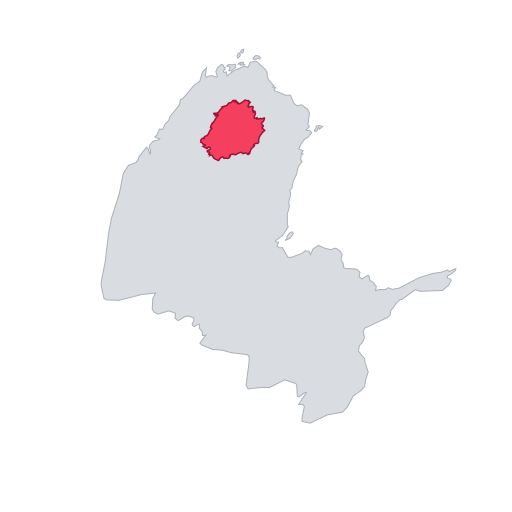 location of Pirkanmaa within Finland, rotated 139°
{"feature_id": "FIN-3186", "entity_name": "Pirkanmaa", "entity_type": "Region", "adm_level": 1, "iso_a3": "FIN", "parent_name": "Finland", "parent_adm1": "", "projection": "robinson", "projection_center": [23.692, 61.717], "detail": "fine", "context": "in_parent", "style": "filled", "palette": "rose", "viewbox_px": 512, "rotation_deg": 139, "n_neighbors": 0, "source": "natural_earth", "source_scale": "10m", "svg_char_len": 7611}
<svg xmlns="http://www.w3.org/2000/svg" viewBox="0 0 512 512"><g transform="rotate(139 256 256)"><path d="M201.9,223.1L199.1,216.9L195.4,211.7L191.4,210.2L190.1,208.2L189.4,203.9L190.1,200.6L194.3,197.4L195.1,193.1L197.5,189.6L196.3,187.4L189.5,181.0L188.6,179.0L188.2,175.5L192.0,172.4L190.9,169.2L183.9,168.0L184.1,166.1L186.1,162.8L185.0,160.1L185.1,154.2L188.5,151.5L184.4,149.4L180.5,145.7L177.1,145.4L175.0,141.4L168.9,137.8L147.4,132.7L134.2,127.0L127.2,122.4L120.7,119.8L120.2,117.4L113.4,115.5L114.8,114.4L120.1,114.3L124.5,115.3L126.0,114.0L124.2,110.5L124.6,109.6L129.6,107.6L137.8,107.6L155.1,121.5L157.9,126.0L174.4,127.5L176.2,128.6L180.7,128.4L190.3,126.2L193.9,123.2L197.5,123.4L221.2,130.2L224.8,128.7L226.9,124.5L228.8,122.6L231.4,121.3L236.9,120.4L241.1,117.0L241.4,107.3L243.4,104.5L247.3,95.0L254.5,90.6L259.8,86.2L265.1,85.6L274.6,86.5L285.9,82.1L293.2,81.4L306.4,89.3L324.7,94.3L329.7,100.9L327.5,103.6L318.1,110.8L317.8,112.7L321.3,116.0L307.7,119.9L308.7,120.9L316.0,121.5L316.9,122.9L309.8,132.1L309.7,133.7L315.5,143.7L332.2,147.9L337.0,152.4L349.2,161.0L348.2,165.1L331.2,180.1L327.4,184.3L327.0,186.9L337.8,198.9L343.5,207.4L349.8,213.6L355.1,223.7L355.5,227.2L345.7,229.1L348.5,231.0L346.3,234.1L346.2,238.7L343.6,241.6L344.2,242.5L348.9,243.1L349.4,245.1L349.1,246.3L344.3,248.6L343.9,251.0L346.7,255.3L348.9,256.7L356.5,258.1L357.5,259.2L357.9,262.3L354.6,265.3L354.7,266.5L358.1,272.0L368.3,276.5L369.5,279.9L369.6,282.1L369.1,284.1L361.8,291.6L356.1,294.0L367.8,302.1L388.5,312.4L397.8,321.2L398.6,323.7L392.6,334.7L390.2,337.7L374.2,350.1L351.7,370.4L340.2,379.4L317.9,393.0L301.7,405.6L292.7,408.1L285.6,405.3L282.1,406.0L278.7,407.8L267.4,409.9L267.0,407.8L269.2,402.4L268.2,402.5L266.3,405.0L265.2,408.0L263.1,409.5L258.4,410.1L253.8,407.7L251.6,407.7L254.0,411.3L253.9,412.4L251.4,412.2L246.3,414.9L245.2,415.0L243.5,412.7L238.1,415.2L232.9,415.6L229.9,417.5L214.7,420.3L210.5,423.5L207.7,422.8L190.7,425.5L183.6,424.8L175.9,429.9L169.9,430.6L176.1,425.3L176.4,423.5L173.1,422.6L170.8,420.8L168.6,417.0L167.3,416.8L165.3,421.6L161.3,423.3L156.2,423.3L155.6,421.1L156.5,419.2L155.7,418.8L156.5,417.3L159.1,417.1L159.8,416.3L159.7,415.4L157.7,414.5L159.7,411.0L150.8,410.3L139.8,406.7L138.5,403.6L133.3,405.8L128.5,403.5L127.8,402.1L126.6,390.5L127.2,387.3L130.0,383.5L131.0,379.6L130.9,372.5L132.5,372.5L130.7,370.2L133.3,369.6L133.7,368.8L127.9,357.5L124.5,354.9L127.2,346.7L127.0,344.9L126.5,342.6L122.3,340.1L120.8,332.8L122.0,328.7L130.5,321.4L130.9,318.5L135.7,318.3L133.5,315.7L132.9,312.5L139.7,311.4L142.2,312.3L148.2,311.1L153.5,308.8L151.5,304.4L154.3,304.2L153.4,303.2L153.6,302.1L155.7,302.5L159.1,299.4L159.3,297.1L165.2,295.8L172.0,291.0L178.2,288.4L184.7,283.6L187.4,283.4L188.9,280.1L196.0,275.2L198.5,271.3L205.2,266.8L211.8,259.0L212.5,256.9L222.5,254.0L231.5,254.8L231.3,252.8L229.9,251.6L233.7,249.6L232.8,246.6L230.6,245.1L232.8,234.0L230.0,231.7L219.6,227.9L215.3,227.6L212.9,224.7L214.0,221.3L208.3,223.9L201.9,223.1ZM147.2,411.9L153.4,411.9L155.0,413.7L152.2,414.9L152.0,416.3L153.5,418.5L150.7,418.5L148.8,416.0L145.8,414.3L147.2,411.9ZM220.0,250.2L216.1,251.4L213.0,250.7L212.9,248.5L218.4,247.0L223.9,248.6L221.1,249.0L220.0,250.2ZM124.8,310.0L124.5,311.9L128.2,310.5L129.7,311.1L129.5,312.8L128.2,312.4L125.2,314.4L122.4,312.7L120.7,310.0L124.8,310.0ZM128.8,405.8L128.4,407.4L124.7,407.5L123.2,405.9L122.4,403.2L123.9,402.0L124.8,403.5L128.8,405.8ZM143.6,412.5L141.6,412.7L138.8,411.0L138.4,410.3L139.5,409.9L139.1,407.9L141.2,409.0L142.4,410.3L141.2,410.6L143.6,412.5ZM139.1,419.4L136.3,420.6L135.3,420.3L135.6,418.3L137.2,417.3L139.9,417.2L139.1,419.4ZM133.4,420.5L131.0,420.9L129.6,419.9L131.8,418.3L133.6,418.4L134.0,419.4L133.4,420.5Z" fill="#d9dde1" stroke="#a8b0b8" stroke-width="1"/><path d="M198.7,341.8L198.8,343.0L199.1,343.7L199.6,344.2L200.2,344.6L201.3,345.0L202.5,345.4L204.7,345.7L205.7,346.6L206.0,347.3L207.1,348.4L207.9,348.7L208.2,349.0L209.3,349.1L210.0,349.0L209.7,348.5L210.2,348.2L211.5,347.8L212.4,347.8L213.3,348.2L213.9,348.9L214.5,349.5L215.1,350.1L215.6,350.3L216.1,350.7L216.1,351.1L216.0,351.7L216.1,352.2L216.1,352.5L216.5,352.8L218.1,353.4L218.9,353.3L221.5,352.6L222.0,353.2L222.2,353.8L223.3,356.2L223.6,357.4L223.4,359.1L223.2,360.5L223.4,361.5L224.0,361.8L224.6,362.0L224.3,362.1L224.2,362.2L224.3,362.5L224.9,363.4L225.0,363.9L224.7,364.1L224.2,364.0L224.0,363.8L223.6,363.8L223.2,364.0L223.0,364.7L223.2,365.1L223.6,365.6L224.2,366.1L224.3,366.5L224.1,366.7L224.0,366.8L224.0,367.2L223.4,367.3L221.6,366.8L220.5,366.6L219.7,367.2L219.5,368.0L219.8,368.6L220.3,369.2L220.5,369.6L221.2,369.4L221.8,369.1L222.6,369.2L222.8,369.8L222.4,370.2L222.5,370.4L223.0,370.6L223.5,371.4L223.6,372.4L224.1,373.5L221.7,372.9L221.4,373.2L221.6,373.6L222.0,374.2L222.4,374.7L222.6,375.2L222.6,376.0L222.5,376.8L222.6,377.6L223.0,378.2L222.6,378.4L222.4,378.7L222.3,379.0L222.0,379.5L220.0,380.1L219.3,380.0L218.9,379.7L218.3,378.8L218.1,378.6L217.8,379.0L217.5,379.5L216.8,379.8L215.9,379.7L214.0,379.1L213.1,379.1L212.2,379.3L208.5,380.9L207.5,381.1L205.8,381.1L205.5,381.3L205.4,381.9L205.6,382.3L206.0,382.5L205.9,383.0L204.4,383.9L203.3,384.3L201.9,384.6L202.0,385.0L200.6,384.9L199.1,385.2L196.4,386.2L192.8,386.8L192.2,387.0L191.9,387.4L192.8,387.6L192.9,387.8L192.8,388.3L192.7,388.4L192.9,388.5L194.3,388.2L194.6,388.2L194.9,388.5L194.7,388.8L194.2,389.1L193.5,389.4L193.6,389.6L193.8,389.7L194.2,390.1L194.5,390.6L194.6,390.8L194.2,391.3L193.8,391.1L192.2,389.6L190.7,389.3L190.3,389.2L189.1,389.3L187.0,389.9L184.0,389.9L183.5,390.0L183.8,390.7L183.0,390.5L180.4,389.2L178.6,388.7L176.5,389.4L175.7,389.1L175.2,388.7L174.4,388.3L173.3,388.2L172.0,388.4L171.3,388.4L171.0,388.3L170.3,387.8L170.2,387.4L170.5,387.1L170.9,387.0L171.1,386.9L171.2,386.7L170.9,386.5L169.5,386.7L169.2,386.7L169.1,386.3L169.2,386.1L169.7,385.8L170.3,385.4L170.2,385.2L169.8,385.1L169.3,384.7L169.0,384.1L168.9,383.7L169.0,383.2L169.8,383.2L169.6,382.6L169.1,382.1L167.6,381.4L164.3,380.9L162.5,381.0L162.0,380.9L161.7,380.6L161.6,380.3L161.5,380.0L161.3,379.7L159.8,378.3L159.6,378.1L159.6,377.8L160.1,377.5L160.1,377.3L160.0,377.1L159.5,375.9L159.6,375.6L160.4,375.7L161.1,375.9L161.5,375.8L161.6,375.6L161.7,375.4L162.0,375.3L162.4,375.1L162.3,374.8L162.3,374.7L163.8,374.3L163.9,374.2L163.7,373.6L163.7,373.2L163.8,373.0L163.1,372.7L162.4,372.5L161.5,372.0L160.4,370.8L160.5,370.1L162.1,369.1L162.8,368.2L162.6,367.6L162.8,367.4L163.3,367.4L163.7,366.8L163.6,366.1L163.3,365.9L162.7,366.2L162.6,366.5L162.3,366.6L162.0,366.2L161.9,365.9L162.0,365.5L162.1,365.4L162.6,364.8L163.0,363.9L163.6,363.4L164.2,363.1L165.2,362.7L166.0,362.2L166.5,361.6L166.5,360.7L165.6,360.1L165.1,359.8L164.4,359.6L164.4,359.4L164.6,359.3L165.5,359.1L165.5,358.9L164.7,358.6L164.4,358.2L164.3,357.9L163.9,357.5L163.5,357.4L162.7,357.2L162.2,356.7L162.1,356.3L161.6,355.7L159.2,354.8L159.2,354.4L160.4,353.6L161.3,353.1L162.3,352.8L164.1,352.8L164.6,352.5L165.2,352.2L165.3,352.0L165.2,351.8L165.3,351.1L165.2,350.7L165.1,350.3L165.0,349.8L165.2,349.3L165.6,349.0L166.7,349.0L167.3,348.9L167.5,348.5L167.1,346.0L167.0,345.1L169.9,345.0L173.0,344.4L175.8,343.4L177.9,341.9L179.1,340.3L179.8,339.9L180.9,340.0L181.3,340.2L182.1,341.0L182.6,341.3L184.6,341.4L184.9,341.5L185.1,341.5L185.1,340.8L185.0,340.5L184.9,340.3L185.5,340.1L189.0,340.0L190.1,339.7L191.6,338.8L192.4,338.5L192.8,338.4L193.2,338.2L193.2,337.7L193.5,337.6L193.9,337.6L193.8,338.4L194.0,338.4L194.3,338.3L194.7,337.9L195.0,337.7L195.4,337.8L195.7,338.2L195.7,338.5L195.6,338.9L195.6,339.2L196.0,340.3L196.8,340.9L198.7,341.8Z" fill="#f43f5e" stroke="#9f1239" stroke-width="1.5"/></g></svg>